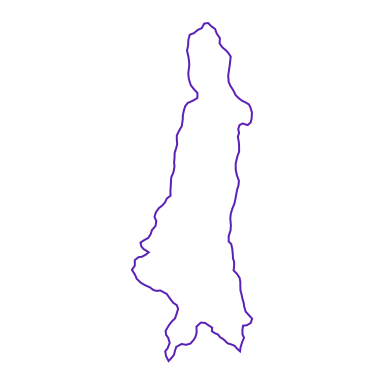 the district of Nova União, Minas Gerais, Brazil
{"feature_id": "56859067B33614393926372", "entity_name": "Nova União", "entity_type": "district", "adm_level": 2, "iso_a3": "BRA", "parent_name": "Brazil", "parent_adm1": "Minas Gerais", "projection": "albers", "projection_center": [-43.572, -19.623], "detail": "fine", "context": "isolated", "style": "outline", "palette": "violet", "viewbox_px": 384, "rotation_deg": 0, "n_neighbors": 0, "source": "geoboundaries", "source_scale": "gbopen_adm2", "svg_char_len": 2441}
<svg xmlns="http://www.w3.org/2000/svg" viewBox="0 0 384 384"><path d="M236.4,193.4L237.3,188.9L238.5,185.4L238.9,180.7L236.9,175.4L235.7,169.5L235.7,163.8L236.6,159.4L237.5,156.0L239.1,151.6L239.1,146.6L238.8,141.8L237.8,136.8L239.1,132.9L238.2,129.2L239.5,125.1L242.7,123.5L247.7,125.1L250.7,122.4L251.6,118.6L252.0,112.7L250.5,107.6L248.9,104.4L245.7,102.5L241.5,100.4L238.4,97.9L235.7,95.2L233.2,90.2L230.3,85.6L228.7,82.1L228.2,75.8L229.1,69.2L229.9,64.1L230.3,60.3L230.7,56.6L228.5,53.2L226.2,50.6L222.2,47.2L219.6,43.4L219.9,38.2L216.7,33.5L215.1,29.0L211.1,26.1L208.1,23.0L204.2,23.6L201.7,28.2L197.8,29.9L194.0,33.1L189.7,34.8L188.4,39.8L188.1,45.5L187.0,50.6L188.6,57.6L189.2,62.8L189.2,66.3L188.6,70.2L188.3,74.2L188.8,78.5L189.7,81.9L190.8,85.2L193.6,88.8L197.5,93.1L197.3,98.1L193.2,100.5L187.7,103.0L185.2,106.2L183.9,110.4L182.9,115.2L182.7,119.8L181.8,126.0L178.9,131.1L176.8,135.5L176.8,139.8L177.2,144.2L176.1,148.4L174.7,152.6L174.5,158.0L174.1,162.6L174.5,166.5L173.4,172.5L171.3,177.1L170.9,182.6L170.7,187.1L170.4,191.5L170.6,195.7L166.8,198.5L165.0,202.4L162.3,205.5L158.9,208.1L155.9,212.3L154.5,216.9L156.3,221.0L155.5,226.0L152.0,230.0L150.7,234.0L148.3,237.9L143.9,240.3L140.5,242.6L141.4,246.6L143.7,249.1L148.7,252.3L145.6,254.8L141.8,256.8L138.5,257.2L134.8,260.1L134.8,265.6L131.9,269.9L134.8,274.3L136.8,278.9L140.8,282.7L145.4,285.4L150.0,287.4L153.2,289.9L156.4,290.9L160.5,290.5L163.5,292.2L166.6,293.8L168.6,296.6L170.6,299.4L173.2,302.8L176.8,305.2L178.1,308.9L176.6,313.8L175.0,318.4L171.5,321.8L168.9,325.3L165.6,330.8L166.1,334.9L168.2,337.8L169.7,342.8L167.5,348.5L165.2,351.3L166.1,356.2L168.6,361.0L171.4,358.1L174.0,354.8L175.0,350.7L176.3,346.9L181.5,344.0L186.1,344.8L190.4,343.6L193.6,340.0L195.5,336.8L196.6,332.7L196.5,326.6L200.8,322.6L204.9,322.9L208.7,325.4L212.2,327.7L211.8,331.1L214.5,333.0L218.0,334.5L220.1,337.2L223.5,339.3L227.6,343.3L231.5,344.5L234.6,345.8L236.9,348.5L240.0,351.3L240.6,347.1L242.3,341.8L244.0,337.8L242.5,334.4L242.4,330.2L243.0,325.7L246.7,325.3L250.8,322.9L252.1,318.6L249.1,315.4L245.7,311.6L244.2,306.6L243.7,302.9L242.5,299.0L241.5,294.1L240.5,290.7L240.3,285.4L240.3,281.7L239.6,277.9L237.1,274.0L233.6,270.5L234.1,266.4L234.1,261.8L233.0,258.4L232.8,254.5L232.3,249.3L231.3,244.2L228.7,241.5L228.7,236.1L230.5,230.6L230.9,225.3L230.3,218.5L230.8,213.8L232.3,208.7L234.4,203.7L235.5,198.5L236.4,193.4Z" fill="none" stroke="#5b21b6" stroke-width="2"/></svg>